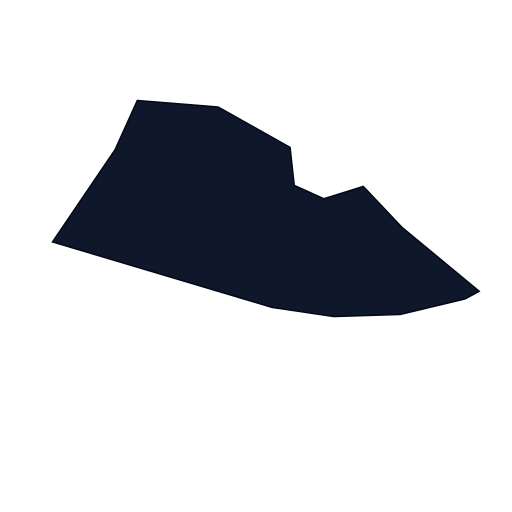 the border of Liverpool, rotated 311°
{"feature_id": "GBR-5668", "entity_name": "Liverpool", "entity_type": "Metropolitan Borough", "adm_level": 1, "iso_a3": "GBR", "parent_name": "United Kingdom", "parent_adm1": "", "projection": "orthographic", "projection_center": [-2.925, 53.412], "detail": "fine", "context": "isolated", "style": "filled", "palette": "ink", "viewbox_px": 512, "rotation_deg": 311, "n_neighbors": 0, "source": "natural_earth", "source_scale": "10m", "svg_char_len": 359}
<svg xmlns="http://www.w3.org/2000/svg" viewBox="0 0 512 512"><g transform="rotate(311 256 256)"><path d="M375.8,447.6L360.9,442.0L306.5,403.2L261.4,354.5L227.8,302.0L133.1,93.2L191.9,86.1L243.7,79.9L295.5,64.4L343.6,129.7L360.3,210.5L334.4,238.5L343.7,269.6L378.9,291.3L373.4,347.3L375.8,447.6Z" fill="#0f172a" stroke="#020617" stroke-width="1.5"/></g></svg>